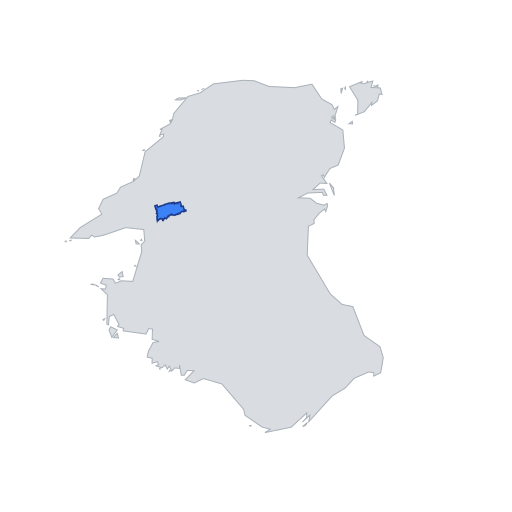 McKinlay, Queensland, Australia (highlighted), rotated 250°
{"feature_id": "25037944B31801469695154", "entity_name": "McKinlay", "entity_type": "district", "adm_level": 2, "iso_a3": "AUS", "parent_name": "Australia", "parent_adm1": "Queensland", "projection": "natural_earth1", "projection_center": [141.103, -20.594], "detail": "fine", "context": "in_parent", "style": "filled", "palette": "blue", "viewbox_px": 512, "rotation_deg": 250, "n_neighbors": 0, "source": "geoboundaries", "source_scale": "gbopen_adm2", "svg_char_len": 6095}
<svg xmlns="http://www.w3.org/2000/svg" viewBox="0 0 512 512"><g transform="rotate(250 256 256)"><path d="M342.9,100.6L348.0,125.5L354.4,124.3L361.6,131.7L362.7,146.9L367.0,152.2L368.0,166.3L371.0,173.7L391.8,187.4L399.8,209.8L402.1,210.9L402.6,207.0L407.1,211.0L407.8,209.0L409.5,220.4L412.2,223.8L418.0,227.4L429.2,246.6L428.4,259.4L432.3,274.9L425.6,303.8L421.3,314.2L410.9,326.2L401.0,349.7L398.3,367.3L381.0,371.5L372.3,379.1L367.0,379.8L368.4,384.1L360.2,377.8L361.4,376.3L360.9,374.7L359.4,374.7L356.6,377.4L354.6,375.8L358.0,373.2L356.1,371.2L344.7,380.7L327.1,376.0L313.4,364.4L312.9,355.3L306.5,347.0L309.2,347.3L309.1,344.9L299.9,347.4L302.6,341.2L298.9,332.3L295.7,342.5L288.9,343.5L289.9,340.1L293.1,340.1L297.5,326.1L296.2,315.7L291.7,326.7L284.9,330.9L280.4,337.4L281.1,340.8L278.4,340.3L273.9,336.7L276.7,336.6L274.6,330.1L270.2,322.8L266.7,321.8L266.0,315.4L239.3,304.4L195.0,312.8L181.1,320.3L175.3,329.7L144.4,330.3L128.3,341.5L116.9,340.8L103.6,333.2L102.9,325.5L106.1,326.8L108.5,322.1L107.5,306.5L101.4,294.6L98.5,279.8L82.2,248.9L88.0,252.2L84.1,242.8L86.8,248.3L91.2,250.0L83.1,230.6L87.0,204.0L88.4,210.2L93.0,203.4L110.0,191.2L116.2,191.9L147.4,180.2L158.8,164.7L157.8,154.5L163.9,147.2L169.4,158.5L172.0,152.2L168.5,147.8L169.5,145.0L179.8,146.9L176.5,145.8L178.6,141.3L176.7,137.4L182.2,136.9L180.1,133.9L184.7,133.5L183.1,129.3L187.0,124.5L187.3,127.4L190.5,127.0L190.7,121.6L195.3,123.5L198.2,119.2L203.2,122.2L209.9,129.7L208.8,135.7L213.2,129.9L222.7,133.7L224.5,130.5L220.3,125.9L231.1,105.5L233.3,106.9L237.1,101.8L238.4,103.9L249.7,102.3L249.3,97.4L241.7,93.8L242.9,92.5L270.4,103.1L278.3,99.2L276.4,103.2L279.7,105.4L283.8,100.6L287.4,104.7L283.2,113.8L278.4,114.6L278.7,121.2L274.3,131.5L299.2,150.1L305.9,152.0L308.0,156.5L319.2,159.6L327.2,143.4L327.7,119.7L329.0,110.9L331.8,108.7L329.7,104.7L336.5,87.6L342.9,100.6ZM354.3,399.9L367.4,405.0L383.1,401.8L383.7,415.9L382.8,413.4L381.1,416.3L380.5,425.6L375.0,421.8L371.4,430.3L364.7,429.6L366.0,427.2L360.2,423.2L358.0,416.0L360.6,417.3L354.6,407.4L354.3,399.9ZM228.9,92.7L236.8,92.6L239.2,95.2L234.0,100.3L228.9,92.7ZM286.1,350.3L299.4,349.9L293.7,352.2L286.1,350.3ZM285.4,119.8L287.1,124.9L282.1,124.1L282.9,120.4L285.4,119.8ZM428.5,244.4L428.3,238.5L430.3,233.7L431.0,237.2L428.5,244.4ZM379.6,391.6L384.0,392.8L384.1,394.8L379.6,391.6ZM228.1,94.2L230.9,99.1L225.9,98.8L228.1,94.2ZM349.6,392.5L347.1,392.0L348.5,388.6L349.6,392.5ZM312.0,148.0L309.6,149.5L307.2,150.4L308.4,147.5L312.0,148.0ZM82.1,247.5L80.0,244.7L79.7,242.1L80.0,241.9L82.1,247.5ZM383.1,396.7L384.7,398.0L381.5,396.9L383.1,396.7ZM411.2,221.2L413.0,221.2L412.9,223.7L411.2,221.2ZM368.6,166.1L370.7,167.7L370.3,168.5L368.6,166.1ZM374.8,426.8L375.0,429.1L373.3,428.4L374.8,426.8ZM431.1,261.6L431.2,264.8L431.1,261.6ZM248.9,92.4L247.6,91.0L248.4,90.3L248.9,92.4ZM285.6,92.7L283.7,95.2L285.9,90.8L285.6,92.7ZM431.5,257.8L430.6,258.9L431.2,257.7L431.5,257.8ZM288.6,139.2L287.6,139.7L288.2,138.4L288.6,139.2ZM281.5,119.7L280.2,119.9L281.0,118.4L281.5,119.7ZM98.8,191.3L98.5,193.4L97.9,193.2L98.8,191.3ZM334.2,86.4L334.2,88.2L333.6,86.9L334.2,86.4ZM359.4,375.5L359.7,376.6L359.2,376.3L359.4,375.5ZM283.2,96.0L280.6,97.7L283.2,95.5L283.2,96.0ZM183.2,126.8L182.3,128.0L182.9,126.6L183.2,126.8ZM375.8,425.2L374.9,425.6L375.4,424.8L375.8,425.2ZM310.9,154.1L309.5,154.0L310.2,153.0L310.9,154.1ZM178.1,136.0L177.4,136.6L177.3,135.0L178.1,136.0ZM382.2,420.4L381.0,421.0L381.4,419.8L382.2,420.4ZM335.1,81.7L334.9,82.9L334.2,82.3L335.1,81.7ZM358.7,377.0L359.8,378.0L358.0,377.7L358.7,377.0ZM394.3,187.2L393.4,187.3L393.8,185.9L394.3,187.2ZM401.8,206.8L401.3,206.8L401.7,205.7L401.8,206.8ZM354.8,398.2L354.5,399.1L354.2,398.0L354.8,398.2Z" fill="#d9dde1" stroke="#a8b0b8" stroke-width="1"/><path d="M322.8,175.3L323.0,175.5L323.0,175.8L323.2,176.0L323.3,176.0L323.2,176.1L323.3,176.1L323.3,176.3L323.5,176.5L323.4,176.7L323.3,176.8L323.3,177.0L323.4,177.3L323.4,177.5L323.4,177.8L323.5,177.8L323.6,178.0L323.6,178.3L323.8,178.4L323.8,178.5L323.7,178.5L323.8,178.7L323.7,178.7L323.7,178.8L323.8,178.9L323.8,179.0L323.6,179.4L323.6,179.5L323.1,180.0L323.0,180.6L322.3,180.5L321.3,180.5L321.3,180.8L321.2,180.9L322.0,181.3L321.9,181.8L322.5,181.9L322.4,183.6L322.7,183.6L321.6,184.6L322.4,185.6L322.5,185.6L323.5,186.7L322.7,187.4L322.7,187.5L323.0,187.5L323.8,187.6L324.3,187.6L324.2,187.6L324.1,187.8L324.0,188.0L323.9,188.2L323.9,188.3L323.7,188.3L323.7,188.8L323.8,189.4L323.9,189.7L323.9,190.0L324.3,190.5L324.2,191.1L323.3,190.9L323.2,190.9L323.2,191.0L323.2,191.3L323.2,191.5L323.1,191.8L323.1,192.0L322.9,192.2L322.9,192.3L322.8,192.5L322.7,192.7L322.7,192.8L322.4,192.9L322.4,193.0L322.2,193.1L322.2,193.3L322.1,193.5L322.1,193.8L322.1,194.0L322.2,194.3L322.1,194.5L322.4,194.7L322.4,195.8L322.1,195.8L321.8,196.8L321.9,197.1L322.5,197.1L322.5,198.1L322.3,198.1L322.3,198.5L321.9,198.5L321.8,199.1L322.0,199.2L322.2,199.4L322.3,199.5L322.4,199.8L322.5,200.0L322.6,200.3L322.8,200.4L322.8,200.5L323.0,200.7L323.0,200.8L323.1,201.0L323.2,201.3L322.9,202.0L322.9,202.4L322.9,202.8L322.6,203.2L322.4,203.2L322.3,203.8L322.5,203.8L322.3,204.3L322.3,204.5L322.8,204.5L322.8,204.9L322.5,205.7L322.8,205.7L323.0,205.7L323.4,205.7L323.5,204.1L324.1,204.2L324.1,204.4L327.8,204.6L328.0,202.6L328.7,202.6L328.6,203.0L330.0,203.2L331.8,203.2L332.7,203.3L332.9,202.0L332.9,201.1L332.9,200.6L333.0,200.2L332.6,200.2L333.0,199.9L333.1,198.8L332.9,198.7L333.5,198.1L332.7,197.1L332.8,197.0L333.7,197.2L334.5,197.2L334.6,196.5L334.3,196.5L334.4,195.5L334.4,194.9L334.1,194.9L334.1,194.6L334.9,194.7L335.0,193.6L335.2,192.6L335.4,192.6L335.5,191.8L335.1,191.8L335.3,191.3L335.4,190.6L335.4,190.3L335.5,190.3L335.6,188.9L335.7,187.8L335.3,187.8L335.7,182.9L335.4,182.9L335.7,180.2L337.7,180.4L337.7,179.6L337.7,178.1L335.9,178.0L333.8,177.9L333.8,178.7L332.7,178.5L332.7,178.3L331.5,178.2L331.5,177.8L330.7,177.8L330.2,177.1L329.9,177.4L329.6,177.6L329.6,177.4L329.4,177.3L329.4,177.2L329.2,177.2L328.9,177.4L327.2,177.2L327.2,176.4L326.7,176.4L326.3,176.3L324.4,176.0L324.4,175.7L324.5,175.6L322.8,175.3Z" fill="#3b82f6" stroke="#1e3a8a" stroke-width="1.5"/></g></svg>